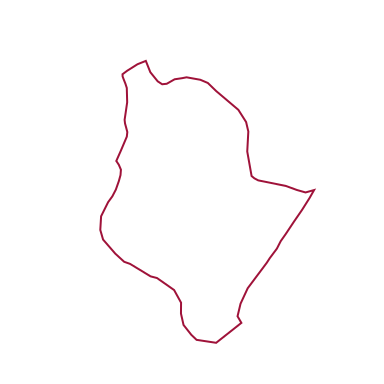 Olintepeque, Quezaltenango, Guatemala (Robinson projection), rotated 54°
{"feature_id": "79465075B90968408613772", "entity_name": "Olintepeque", "entity_type": "district", "adm_level": 2, "iso_a3": "GTM", "parent_name": "Guatemala", "parent_adm1": "Quezaltenango", "projection": "robinson", "projection_center": [-91.543, 14.895], "detail": "fine", "context": "isolated", "style": "outline", "palette": "rose", "viewbox_px": 384, "rotation_deg": 54, "n_neighbors": 0, "source": "geoboundaries", "source_scale": "gbopen_adm2", "svg_char_len": 1021}
<svg xmlns="http://www.w3.org/2000/svg" viewBox="0 0 384 384"><g transform="rotate(54 192 192)"><path d="M122.4,235.0L127.0,235.2L132.2,236.4L136.3,239.9L140.2,244.8L145.3,252.2L148.7,259.0L150.9,265.8L158.2,279.8L168.8,288.5L178.2,291.9L196.8,290.3L208.6,287.9L213.7,284.4L235.9,275.1L241.0,270.9L260.8,264.1L275.1,265.9L283.9,272.4L294.6,277.0L307.2,276.5L314.3,275.2L328.2,261.1L326.9,229.0L319.3,228.2L310.9,218.4L302.6,203.5L293.2,173.1L291.2,167.9L287.7,156.6L283.9,149.1L281.1,140.9L275.9,126.9L271.2,113.6L265.9,100.3L262.2,92.1L259.1,100.4L252.1,105.9L242.3,112.5L221.5,131.6L217.6,133.5L214.1,134.4L191.7,123.5L176.2,110.9L167.2,107.1L152.8,106.2L124.6,113.1L113.1,115.1L106.1,119.3L96.0,129.0L94.1,133.1L90.6,139.8L89.6,148.8L87.3,152.8L82.3,154.7L70.6,155.3L58.8,152.3L56.6,161.0L55.8,173.2L55.9,179.0L57.7,180.2L60.5,181.0L65.2,182.2L69.5,183.6L81.3,191.7L88.8,199.0L94.0,204.1L97.2,205.9L100.9,207.3L105.5,209.1L108.9,212.2L116.6,225.0L122.4,235.0Z" fill="none" stroke="#9f1239" stroke-width="2"/></g></svg>